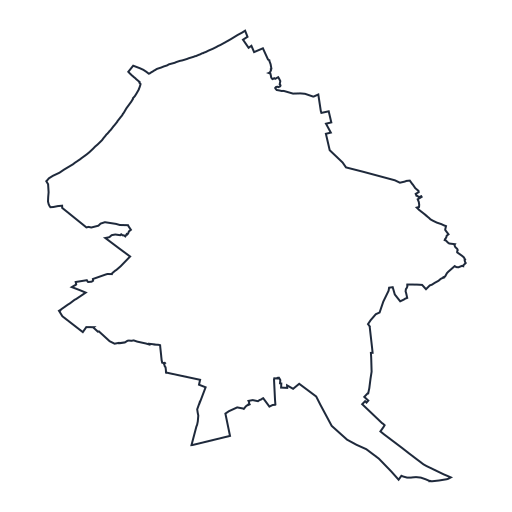 Rīga, Riga, Latvia
{"feature_id": "27541924B69950658551149", "entity_name": "Rīga", "entity_type": "district", "adm_level": 2, "iso_a3": "LVA", "parent_name": "Latvia", "parent_adm1": "Riga", "projection": "mercator", "projection_center": [24.123, 56.972], "detail": "fine", "context": "isolated", "style": "outline", "palette": "slate", "viewbox_px": 512, "rotation_deg": 0, "n_neighbors": 0, "source": "geoboundaries", "source_scale": "gbopen_adm2", "svg_char_len": 5933}
<svg xmlns="http://www.w3.org/2000/svg" viewBox="0 0 512 512"><path d="M465.7,263.0L465.0,261.8L464.6,260.0L465.1,259.6L463.8,257.3L461.9,255.7L457.2,252.4L457.2,251.1L457.7,250.2L457.5,249.5L457.1,248.8L455.4,247.2L455.1,246.7L454.5,245.2L454.5,244.8L454.9,244.2L449.2,243.5L447.8,242.5L446.0,240.6L444.7,240.1L445.1,239.0L445.6,238.5L446.4,237.0L446.7,235.7L448.5,234.3L445.3,230.1L445.2,229.5L446.0,226.1L443.8,225.3L441.3,224.1L436.8,222.6L432.7,220.6L431.1,219.7L430.4,219.3L429.1,218.0L426.0,215.5L426.1,215.4L419.2,210.0L416.8,207.6L419.0,207.0L419.1,206.3L419.2,204.8L418.8,202.0L417.7,199.3L421.6,196.9L421.2,196.2L418.9,197.2L417.3,195.8L416.5,195.8L415.7,193.9L418.7,192.1L418.5,190.9L415.3,188.2L412.7,184.4L412.4,184.2L409.8,180.6L406.5,180.9L404.7,181.6L399.9,182.7L394.9,180.3L363.3,171.8L346.0,167.4L342.6,162.5L329.7,150.2L325.9,133.8L330.8,132.6L326.0,123.7L331.3,122.4L328.7,111.3L321.4,112.9L320.8,111.0L318.3,94.5L313.8,96.5L313.2,96.6L305.0,93.8L300.4,93.4L293.0,93.6L284.4,91.1L283.4,90.9L281.7,91.0L279.6,90.5L276.7,90.0L275.5,88.6L275.2,88.0L275.9,87.1L277.2,86.7L278.5,87.1L280.2,86.3L280.5,85.4L280.2,84.7L279.7,84.3L280.3,81.1L279.0,78.5L278.2,77.2L275.2,78.8L274.2,78.2L273.6,78.6L273.1,78.8L272.7,79.1L271.8,78.5L271.1,77.1L270.9,75.7L270.4,73.6L268.8,73.0L269.3,72.8L270.3,71.7L271.0,70.2L270.8,69.1L271.4,68.7L270.6,64.2L269.4,61.0L269.4,60.3L268.0,59.5L262.9,48.3L254.1,52.1L251.4,45.8L248.6,47.8L243.0,39.7L247.5,36.8L245.1,30.7L242.1,32.6L237.6,35.0L230.6,39.3L220.2,45.1L218.1,46.0L216.4,47.0L212.8,48.8L208.5,50.6L205.8,52.0L204.0,52.6L203.3,53.1L202.4,53.2L199.6,54.6L198.8,54.8L195.9,56.1L195.0,56.2L193.6,56.8L188.6,58.3L187.2,58.9L184.3,59.8L182.3,60.4L179.8,60.9L176.2,62.1L174.7,62.8L169.0,64.3L166.9,65.5L163.9,66.4L161.0,67.6L157.8,68.6L156.5,69.1L155.3,70.0L154.5,70.3L152.3,71.8L151.7,72.0L149.7,73.4L148.8,73.7L146.2,71.7L143.3,69.8L139.8,68.2L133.2,65.7L128.3,71.8L130.0,73.6L131.1,74.6L131.6,75.2L132.8,76.1L133.8,77.1L134.3,77.4L135.6,78.5L135.9,78.9L139.6,82.0L139.4,82.7L140.5,83.9L140.5,84.4L139.5,87.6L138.9,88.8L138.9,89.3L136.5,93.5L134.8,96.2L132.9,98.3L132.9,99.0L132.8,99.3L131.9,100.5L131.6,101.2L126.4,108.3L123.9,112.6L123.1,113.7L122.9,113.8L122.6,114.6L121.4,116.3L120.4,117.4L120.3,117.6L117.3,121.4L117.3,121.7L114.0,125.8L113.7,126.0L111.3,129.2L110.3,130.4L109.4,131.2L108.8,132.1L108.0,132.9L107.6,133.5L106.5,134.4L105.3,136.0L103.6,138.0L102.0,140.2L97.6,144.5L95.1,146.6L93.2,148.6L89.5,152.1L86.7,154.4L81.3,158.3L80.5,159.0L74.7,162.9L73.1,164.2L63.9,169.7L59.5,172.7L52.9,175.8L48.9,178.3L47.3,180.2L46.3,181.2L48.1,184.2L48.6,192.3L48.2,197.0L48.0,201.5L48.7,204.3L49.5,205.9L50.4,207.2L53.4,207.0L57.8,206.1L62.1,205.7L62.2,207.9L86.4,227.4L88.6,226.9L91.3,227.5L98.4,225.7L100.6,223.6L104.9,222.2L116.0,223.9L119.8,225.0L128.0,225.2L128.6,226.4L130.9,229.8L128.9,231.4L128.1,233.5L127.2,234.5L126.7,234.1L125.3,236.4L123.8,235.3L122.6,235.3L121.2,234.3L120.3,235.2L115.3,234.5L111.9,235.1L111.0,235.7L109.7,236.9L108.9,237.3L105.3,238.0L119.0,248.3L130.1,256.5L120.6,266.3L116.2,270.1L115.4,270.5L112.9,272.6L111.8,273.7L111.8,274.1L107.4,274.0L105.7,274.5L92.9,279.0L93.1,280.7L91.6,281.7L88.1,282.0L87.6,281.5L86.8,280.2L75.7,282.0L76.2,284.4L75.5,285.1L75.0,285.2L71.8,287.1L79.7,290.1L85.7,292.6L76.2,299.0L74.6,299.8L69.9,303.4L67.9,304.6L61.5,309.1L61.0,309.5L60.6,310.1L60.5,309.9L59.0,310.8L59.4,311.4L62.4,316.3L82.8,332.1L86.3,327.1L93.7,327.2L93.3,327.5L97.9,331.7L98.9,331.4L109.6,341.2L114.6,343.7L118.7,342.9L118.8,343.2L122.3,342.7L122.1,342.9L124.8,342.5L127.1,341.0L128.1,340.6L129.4,340.6L131.4,340.8L133.7,340.4L137.2,341.6L145.9,343.5L149.3,344.5L149.2,343.8L154.5,344.4L154.5,344.6L158.6,344.8L160.1,345.2L160.3,347.5L161.2,355.9L161.2,356.1L161.7,360.8L161.9,361.1L162.1,362.5L162.3,362.5L163.2,363.1L164.7,362.8L165.0,363.1L164.3,363.6L164.1,364.2L164.5,365.2L164.8,366.4L165.5,367.2L165.6,367.7L165.9,370.2L166.0,372.5L166.2,372.8L166.6,372.6L170.1,373.4L200.1,379.8L199.0,384.7L205.6,387.3L200.5,400.8L200.1,401.2L199.8,401.8L199.8,402.0L200.0,402.0L199.5,403.3L199.4,403.2L197.2,409.3L197.7,412.7L198.3,415.6L197.8,421.4L197.1,424.8L196.4,426.5L191.5,445.1L192.6,445.0L230.0,435.9L225.4,413.6L228.9,411.2L237.2,407.4L243.0,408.5L243.8,408.9L245.8,406.4L248.0,404.7L248.2,405.0L249.6,404.4L249.2,403.6L249.0,402.0L248.5,400.9L252.7,400.1L258.0,401.2L259.5,400.1L261.3,399.4L262.5,398.5L263.2,398.2L269.4,406.6L272.6,405.0L275.1,404.8L275.4,404.6L275.0,399.6L274.0,379.2L274.4,378.9L274.4,378.3L277.6,378.5L277.6,378.0L277.8,378.0L277.8,378.3L277.9,377.8L278.9,377.7L280.2,379.8L280.3,380.2L280.0,383.3L281.3,383.5L281.1,387.6L287.2,387.9L287.1,385.4L293.1,388.8L299.2,383.8L316.2,396.5L320.4,404.8L331.7,425.9L347.1,439.7L356.5,444.8L366.3,449.2L378.8,458.6L391.3,471.5L398.6,479.7L401.4,475.8L403.1,476.5L407.1,477.6L411.0,477.6L412.4,477.4L416.0,477.1L420.8,477.6L425.7,479.3L429.2,480.8L430.0,481.0L429.9,481.2L430.2,481.2L430.4,481.2L430.5,481.0L431.7,481.3L439.0,480.5L446.9,479.2L448.4,478.7L450.8,477.4L446.7,475.6L443.8,474.4L426.4,466.0L423.4,464.3L408.9,453.3L402.0,447.9L384.1,434.4L380.4,431.4L383.6,426.9L384.6,425.2L383.1,423.8L382.0,423.1L362.2,404.2L365.1,401.2L366.5,402.6L368.3,400.6L364.3,396.9L367.6,393.4L368.2,393.4L369.3,388.2L370.5,378.8L371.6,371.7L371.2,357.7L370.9,352.9L372.6,352.8L372.1,348.0L369.7,326.8L369.8,326.5L368.0,324.1L370.7,320.1L375.8,314.2L379.6,312.5L383.3,301.6L388.6,290.7L389.1,287.7L392.7,287.2L394.8,294.5L400.2,301.3L403.8,299.6L405.1,298.7L407.2,297.9L406.5,294.7L406.1,293.0L405.6,291.4L405.9,289.1L406.6,288.2L407.2,286.8L407.4,286.1L407.2,285.0L407.3,284.5L416.9,284.6L422.1,284.9L426.0,289.2L429.8,285.4L431.9,284.7L434.8,282.8L438.5,280.8L440.7,278.9L442.1,278.2L443.8,277.6L443.6,277.1L445.1,276.5L446.9,273.2L448.2,271.8L454.7,266.1L456.3,267.1L458.4,267.3L461.9,265.9L463.2,266.2L463.2,265.5L465.5,263.2L465.7,263.0Z" fill="none" stroke="#1e293b" stroke-width="2"/></svg>